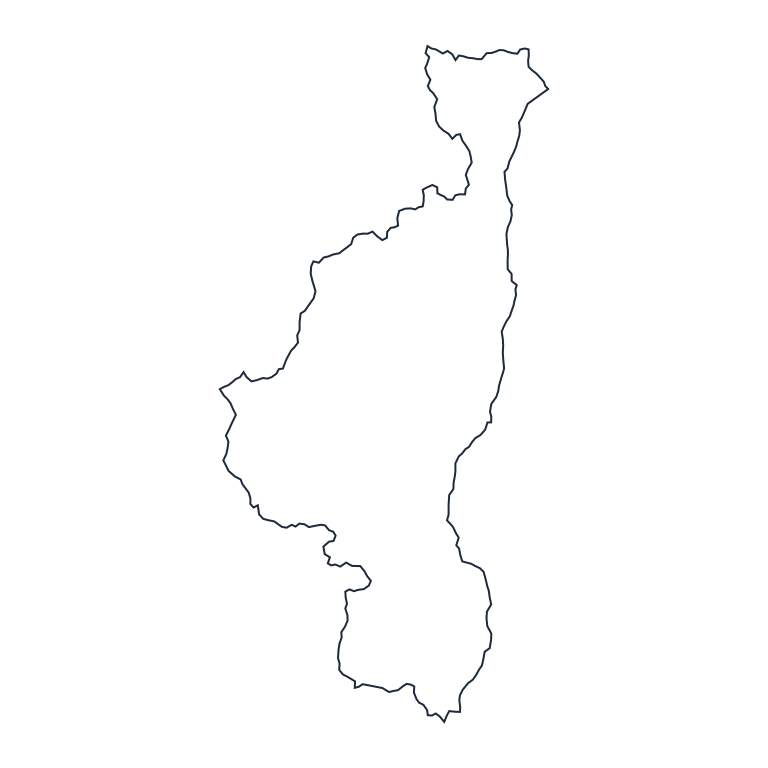 Monte Castelo, Santa Catarina, Brazil (Equal Earth projection)
{"feature_id": "56859067B21045936175667", "entity_name": "Monte Castelo", "entity_type": "district", "adm_level": 2, "iso_a3": "BRA", "parent_name": "Brazil", "parent_adm1": "Santa Catarina", "projection": "equal_earth", "projection_center": [-50.286, -26.651], "detail": "fine", "context": "isolated", "style": "outline", "palette": "slate", "viewbox_px": 768, "rotation_deg": 0, "n_neighbors": 0, "source": "geoboundaries", "source_scale": "gbopen_adm2", "svg_char_len": 4307}
<svg xmlns="http://www.w3.org/2000/svg" viewBox="0 0 768 768"><path d="M253.6,507.5L257.8,505.3L259.1,514.4L263.2,518.8L267.9,520.1L274.2,521.4L282.0,526.9L286.6,527.7L291.7,524.8L295.5,526.6L299.4,523.6L304.5,524.3L308.9,527.1L317.2,525.4L320.9,524.8L324.9,525.3L329.1,530.2L333.3,531.8L335.6,535.6L333.6,540.9L329.0,541.7L323.4,546.6L324.7,554.1L329.9,557.3L327.8,563.4L331.0,565.3L335.4,564.5L340.2,566.6L346.2,562.6L352.0,565.9L360.3,566.1L364.3,571.0L367.2,576.2L370.9,580.9L368.8,585.6L363.8,589.1L357.9,589.9L354.1,591.2L349.3,589.4L345.3,591.7L345.7,597.7L347.0,603.9L345.3,608.4L347.4,615.1L347.6,620.5L345.1,626.5L341.3,632.2L341.7,637.5L339.6,643.1L338.5,650.2L338.0,658.2L339.6,663.7L339.2,669.9L343.0,674.5L347.0,676.5L355.0,681.3L354.8,687.8L359.0,686.7L362.5,684.2L366.4,684.9L372.0,686.0L382.3,688.0L389.0,692.0L393.4,691.0L398.1,690.1L402.7,686.4L406.5,683.9L410.9,684.6L414.3,686.5L413.9,692.5L416.4,698.9L419.0,702.6L423.4,704.8L427.1,710.1L427.8,715.2L432.0,715.5L435.7,713.5L439.6,716.3L444.2,721.9L446.7,715.8L449.2,711.1L454.7,711.7L460.0,711.9L460.2,707.0L459.3,700.2L460.0,695.1L462.8,689.6L468.2,683.1L472.9,679.6L476.1,675.0L479.1,669.6L481.9,665.5L483.4,659.0L484.7,651.7L489.7,648.2L491.1,639.8L491.3,633.5L487.3,626.1L486.5,618.5L486.9,611.7L491.2,604.4L489.7,597.5L488.8,590.7L487.3,586.3L485.7,579.4L483.6,571.8L479.9,568.2L475.0,565.9L471.5,563.9L467.1,562.7L462.3,561.4L460.4,555.5L459.1,548.6L456.3,545.3L458.7,537.6L456.0,533.3L453.1,527.1L450.1,523.6L447.0,520.4L448.6,514.7L448.6,505.1L449.2,495.0L453.4,489.0L453.6,482.6L454.6,477.5L455.4,471.6L455.4,463.4L458.7,456.5L462.1,453.5L465.5,449.1L469.0,446.9L472.1,442.0L475.4,438.0L480.4,435.1L485.2,429.6L487.5,422.4L491.1,422.4L491.3,416.9L490.0,411.7L491.3,404.0L496.3,396.9L498.2,391.3L499.1,385.5L501.4,377.5L502.9,372.9L504.1,368.4L503.3,360.1L502.8,352.8L503.2,345.4L502.8,338.8L501.7,331.6L503.8,326.5L506.4,321.4L509.8,316.3L511.6,310.9L513.5,305.6L514.6,300.3L516.1,295.1L515.4,289.6L516.7,285.0L511.7,281.1L511.6,274.0L507.7,269.2L507.6,260.4L507.9,254.9L507.9,250.2L507.2,245.3L506.4,234.2L507.9,227.0L510.4,221.5L511.8,215.1L511.1,209.7L512.2,205.1L509.7,201.3L507.2,195.6L506.5,189.3L505.1,179.3L504.5,171.9L507.6,168.3L509.3,161.5L511.8,156.4L513.9,152.1L516.0,147.1L517.3,142.1L519.2,136.0L519.9,130.3L519.0,122.4L521.7,117.9L524.9,110.6L527.6,103.9L548.2,89.0L545.4,86.2L543.7,81.6L540.2,77.7L536.5,73.7L531.8,70.0L528.6,66.8L528.1,60.9L528.8,55.3L528.6,49.4L524.8,48.5L520.2,49.5L517.4,53.7L512.9,53.2L507.8,51.9L503.8,50.3L499.6,50.0L495.9,51.5L491.9,52.9L486.6,53.2L481.7,59.1L477.3,59.1L473.5,58.3L468.1,57.8L463.4,56.3L458.9,55.5L455.5,60.1L452.3,54.3L447.5,51.0L442.9,53.5L439.4,51.5L436.1,49.5L431.5,48.5L427.5,46.1L425.6,53.2L429.2,57.1L427.1,63.8L425.2,68.1L427.1,74.1L430.4,79.8L427.8,86.0L430.0,90.2L433.2,93.1L437.2,99.2L434.3,107.0L435.5,113.8L436.1,120.7L439.1,126.5L443.1,130.3L448.6,133.9L452.3,138.8L456.3,134.9L460.1,134.2L462.4,140.7L466.6,146.6L469.4,151.3L470.7,156.6L471.7,162.7L467.7,169.6L465.8,175.1L467.3,179.5L468.9,184.7L465.8,188.6L465.0,194.4L459.3,194.3L455.3,195.3L452.7,199.8L447.2,199.5L444.3,196.6L441.0,195.1L437.4,193.3L437.2,187.3L432.4,185.0L426.1,187.8L422.7,189.8L423.8,195.4L423.6,201.5L422.7,206.4L418.7,207.2L415.2,209.4L410.8,208.4L405.1,208.7L399.2,210.9L397.3,218.1L398.1,225.6L394.5,227.3L390.8,227.8L387.2,231.8L386.9,237.8L382.3,240.1L377.1,236.2L372.5,231.6L367.8,233.7L363.2,233.6L357.7,234.4L353.2,237.7L351.2,244.1L347.9,246.7L344.1,249.5L339.2,253.3L333.4,254.4L328.5,256.4L323.7,257.5L318.9,262.7L313.4,261.4L311.2,266.3L310.7,273.7L312.5,281.3L314.2,286.7L315.5,291.4L313.6,298.4L308.4,305.7L304.8,310.9L300.6,313.5L299.6,322.2L299.6,330.1L297.2,335.4L298.0,342.6L294.5,347.1L291.0,350.8L288.8,354.9L286.6,358.9L284.6,364.0L282.9,368.6L278.9,369.1L276.4,373.7L271.5,377.2L267.3,378.6L262.9,378.0L257.0,380.1L251.4,381.4L246.5,377.0L243.6,372.1L240.0,377.2L235.8,379.0L232.6,381.9L228.3,385.2L224.0,386.9L219.8,389.2L224.0,395.7L227.5,399.2L230.5,403.2L232.8,408.6L235.9,414.8L233.4,420.0L231.5,423.9L229.2,429.1L225.9,435.6L228.4,441.5L227.6,448.1L226.3,454.0L223.3,460.4L225.9,465.4L228.6,470.9L234.9,476.5L240.6,479.4L242.5,484.3L246.2,489.2L248.7,492.6L250.4,498.3L250.4,504.0L253.6,507.5Z" fill="none" stroke="#1e293b" stroke-width="2"/></svg>